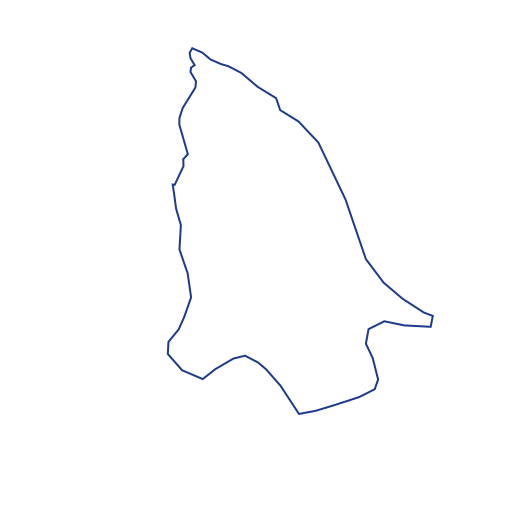 Unjon, P'yŏngan-bukto, North Korea (Albers equal-area conic projection), rotated 129°
{"feature_id": "82179303B11827018498152", "entity_name": "Unjon", "entity_type": "district", "adm_level": 2, "iso_a3": "PRK", "parent_name": "North Korea", "parent_adm1": "P'yŏngan-bukto", "projection": "albers", "projection_center": [125.407, 39.666], "detail": "fine", "context": "isolated", "style": "outline", "palette": "blue", "viewbox_px": 512, "rotation_deg": 129, "n_neighbors": 0, "source": "geoboundaries", "source_scale": "gbopen_adm2", "svg_char_len": 939}
<svg xmlns="http://www.w3.org/2000/svg" viewBox="0 0 512 512"><g transform="rotate(129 256 256)"><path d="M134.7,436.3L139.9,435.4L143.5,431.4L146.3,423.8L150.4,425.0L154.2,422.8L158.0,412.5L163.3,409.1L187.1,406.1L197.2,402.2L202.2,398.2L219.8,373.0L226.5,373.5L231.8,368.9L251.9,364.0L252.9,365.7L259.4,358.6L269.4,348.0L279.4,333.7L299.1,319.6L312.5,298.2L329.0,280.4L348.6,273.4L361.6,269.9L377.8,270.0L387.6,262.9L391.3,241.5L385.2,220.0L369.2,216.3L349.9,209.0L340.4,201.8L337.5,187.5L337.7,176.8L341.4,155.3L351.7,123.2L339.0,112.4L323.1,101.6L300.8,87.1L284.8,79.9L275.1,83.4L261.8,101.2L255.0,115.4L242.0,122.5L226.0,115.2L216.7,97.2L201.1,75.7L191.3,80.9L194.3,89.9L197.0,115.0L196.4,140.0L189.3,168.6L169.2,200.6L155.8,221.9L142.2,250.4L128.6,278.9L124.7,307.5L127.4,329.0L120.7,339.7L123.5,361.1L123.0,382.6L125.9,396.9L128.9,404.1L131.9,414.9L131.7,425.6L134.7,436.3Z" fill="none" stroke="#1e3a8a" stroke-width="2"/></g></svg>